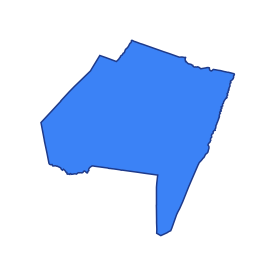 outline of Nkayi, Matabeleland North, Zimbabwe, rotated 111°
{"feature_id": "62879985B68584159333685", "entity_name": "Nkayi", "entity_type": "district", "adm_level": 2, "iso_a3": "ZWE", "parent_name": "Zimbabwe", "parent_adm1": "Matabeleland North", "projection": "orthographic", "projection_center": [28.451, -18.923], "detail": "fine", "context": "isolated", "style": "filled", "palette": "blue", "viewbox_px": 256, "rotation_deg": 111, "n_neighbors": 0, "source": "geoboundaries", "source_scale": "gbopen_adm2", "svg_char_len": 5055}
<svg xmlns="http://www.w3.org/2000/svg" viewBox="0 0 256 256"><g transform="rotate(111 128 128)"><path d="M189.6,188.8L190.0,188.1L189.9,186.6L189.3,185.9L190.4,184.5L189.2,182.1L189.3,181.2L189.0,180.5L189.3,176.7L190.4,175.5L190.9,174.1L190.0,173.6L189.8,173.3L189.7,173.3L190.3,171.5L191.4,170.2L191.4,169.2L192.6,168.6L192.8,168.0L192.4,167.4L192.2,165.7L191.5,165.7L191.1,165.2L191.5,164.2L190.8,162.8L190.0,161.7L189.5,160.0L189.5,159.6L189.2,159.4L187.9,158.6L187.5,158.2L187.3,157.6L186.6,155.8L186.4,155.0L186.3,154.8L185.7,154.2L185.0,154.0L184.2,153.7L183.9,153.5L183.8,153.4L183.8,152.8L183.9,152.2L184.1,151.6L184.3,151.4L184.5,150.8L184.6,150.6L184.6,150.0L184.5,149.9L184.4,149.8L184.1,149.7L183.3,149.9L183.2,149.9L182.5,149.7L181.8,149.3L181.7,149.4L180.8,149.9L180.0,149.9L178.8,149.6L178.6,149.5L177.6,148.9L176.4,148.1L176.2,147.5L176.0,147.4L175.7,145.6L174.1,138.9L173.4,135.9L172.6,132.7L172.6,131.7L172.3,130.4L172.0,129.6L171.8,128.4L171.5,127.5L170.8,124.5L169.9,120.5L169.8,119.2L169.4,118.3L167.7,111.0L165.9,103.4L164.2,95.8L162.6,89.0L161.3,83.4L169.4,81.3L173.1,80.2L189.2,74.0L189.6,73.8L189.8,73.9L194.7,71.9L197.5,70.8L203.5,68.4L205.9,67.5L212.2,64.8L216.0,63.5L216.7,59.0L216.7,58.8L211.9,54.1L210.0,52.7L208.6,51.3L205.9,51.2L191.3,51.6L189.3,51.4L189.2,51.5L184.7,50.9L177.1,50.5L169.2,50.4L161.1,50.3L153.0,50.0L136.7,49.3L136.6,49.2L135.4,49.2L135.0,49.1L134.1,48.8L132.2,48.0L130.4,47.4L129.7,47.3L128.5,46.6L127.5,46.4L125.7,46.3L124.5,46.0L123.5,45.4L123.0,45.1L122.6,45.0L122.0,44.8L120.6,44.9L120.1,45.0L119.4,45.1L118.2,45.1L117.3,45.4L116.9,45.5L116.6,45.6L115.9,46.2L115.8,46.4L115.5,46.9L115.4,47.1L114.8,47.3L114.4,47.3L113.8,47.2L113.5,47.1L113.0,47.0L112.8,46.9L112.3,46.7L112.1,46.5L111.8,46.4L111.5,46.4L110.8,46.5L109.9,46.3L108.9,47.0L107.8,47.1L106.8,46.6L106.7,46.6L106.3,46.7L105.5,47.1L104.9,47.5L103.8,47.5L102.8,46.8L102.7,46.8L102.5,46.7L101.6,46.9L101.1,47.2L99.6,46.8L98.9,45.8L98.0,46.4L96.9,46.1L96.3,46.3L95.4,46.3L94.7,46.8L92.6,46.6L92.1,46.6L91.7,46.8L91.1,46.7L90.4,46.6L89.7,46.7L89.0,46.6L88.7,46.6L88.1,46.7L87.4,46.6L86.8,46.7L86.5,46.9L86.3,46.9L85.9,46.6L85.6,46.7L85.2,46.7L85.0,46.9L84.3,46.8L84.0,47.0L83.9,47.1L83.6,47.3L83.2,47.3L82.8,47.4L82.6,47.4L82.4,47.3L82.0,47.4L81.8,47.4L81.4,47.2L81.2,47.1L80.7,47.9L79.9,47.9L79.5,47.7L79.4,47.4L79.2,47.2L78.7,47.1L78.5,47.3L78.4,47.3L78.3,47.6L78.2,47.9L78.1,48.1L77.8,48.1L77.7,47.9L76.8,47.7L76.4,47.5L76.1,47.9L75.9,47.8L75.5,47.6L75.4,47.6L75.2,48.0L75.0,48.6L74.9,48.6L74.6,48.5L73.8,47.7L73.4,47.5L73.1,47.8L72.1,48.2L71.6,48.3L71.2,48.1L70.7,47.8L69.3,48.1L68.9,48.2L68.4,47.9L67.2,47.8L66.6,47.6L65.0,47.2L64.9,47.0L64.9,46.8L64.4,46.6L64.2,46.5L64.0,47.0L63.3,47.0L62.1,47.0L61.8,47.1L61.6,46.8L61.2,47.0L60.3,47.8L60.1,47.8L59.8,47.7L59.3,47.3L59.1,47.2L58.7,47.3L58.0,47.7L57.3,47.7L56.9,47.4L56.6,47.5L55.9,48.0L55.7,47.9L55.8,47.6L55.6,47.6L55.2,47.7L54.8,47.9L54.7,48.0L52.9,47.9L52.3,47.8L50.5,48.6L49.6,48.7L49.4,48.7L49.2,48.4L49.1,48.2L48.8,48.2L48.5,48.3L48.4,48.4L48.3,48.5L47.7,49.1L47.3,49.1L47.2,49.0L46.8,48.6L46.6,48.6L46.0,48.1L45.1,47.8L44.7,47.8L44.6,47.7L44.4,47.5L44.1,47.6L43.5,47.5L43.3,47.5L43.0,47.6L42.6,47.6L42.2,47.8L41.6,48.1L41.1,48.1L40.5,47.8L40.1,47.8L39.9,47.9L39.5,48.2L39.4,48.3L39.3,48.6L39.4,48.9L39.4,49.2L39.5,49.7L39.6,51.2L39.7,51.7L39.7,51.9L40.0,54.3L40.2,54.8L40.3,55.1L40.7,57.9L40.8,58.2L41.2,61.8L41.2,62.0L41.3,62.4L41.5,63.3L41.6,63.5L42.1,66.2L42.2,67.0L42.4,67.7L42.5,68.0L42.6,69.0L42.9,69.5L43.1,69.6L43.6,69.7L44.0,69.9L44.4,70.3L44.7,70.6L44.9,70.7L44.9,70.9L44.9,71.4L44.9,71.6L44.5,72.6L44.1,72.8L43.9,73.0L43.6,73.2L42.7,73.6L42.8,74.8L42.9,75.0L43.4,76.1L43.6,76.3L44.2,77.2L44.3,77.4L46.6,81.3L46.3,82.1L45.9,83.8L45.9,84.7L46.0,84.8L46.0,85.0L46.5,85.6L46.7,86.7L47.2,87.5L47.3,87.9L47.3,88.4L47.1,89.0L47.1,89.3L47.0,89.5L46.8,89.6L46.6,89.7L46.5,89.8L46.3,89.9L46.3,90.1L46.2,91.0L46.3,91.3L46.0,91.8L46.0,92.0L46.1,92.5L46.1,92.9L46.2,93.3L46.2,93.6L46.3,93.8L46.3,94.2L46.4,94.5L46.3,95.1L45.7,96.5L45.5,97.0L45.3,97.2L45.2,97.5L45.4,98.0L45.2,98.1L44.8,98.0L44.6,98.3L44.5,98.6L44.3,98.8L43.7,99.1L43.0,99.4L42.9,99.5L42.6,99.5L41.7,99.4L41.5,99.5L41.5,99.8L41.8,100.1L42.1,101.6L42.4,103.1L43.5,105.5L43.7,115.4L44.0,122.1L44.6,144.5L44.8,147.2L44.8,147.3L44.8,152.1L44.9,152.7L44.9,153.4L44.7,155.3L44.7,155.6L44.9,156.0L45.0,156.1L45.6,156.1L46.0,155.9L46.5,155.8L46.8,155.8L47.0,155.8L47.4,155.9L48.1,156.4L48.6,156.5L49.6,156.7L50.2,156.7L51.2,156.8L52.9,157.2L53.7,157.6L54.0,157.6L54.3,157.8L55.1,158.3L55.6,158.5L56.2,158.5L56.5,158.5L57.8,158.5L58.2,158.5L58.4,158.4L58.8,158.4L59.0,158.5L59.6,159.0L59.8,159.2L60.4,159.4L61.1,159.4L61.6,159.5L62.3,159.9L62.8,160.3L63.2,160.5L63.7,160.7L64.1,160.7L64.4,160.6L64.8,160.6L66.0,161.1L67.1,161.3L70.1,162.7L70.2,173.9L70.4,180.3L83.6,182.7L88.2,183.5L99.0,188.5L108.4,192.9L115.1,195.8L126.7,200.4L127.0,200.3L137.0,204.3L147.2,208.4L154.1,211.2L168.8,202.1L170.9,200.9L171.0,200.8L175.0,198.2L180.4,194.7L189.2,189.2L189.6,188.8Z" fill="#3b82f6" stroke="#1e3a8a" stroke-width="1.5"/></g></svg>